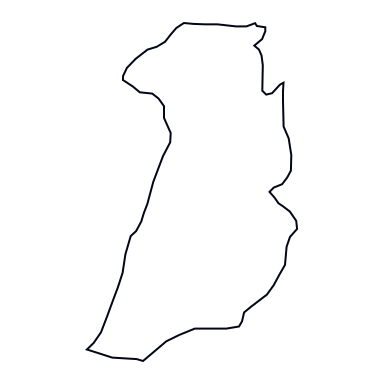 the district of Bollnäs, Gävleborg, Sweden
{"feature_id": "70781695B36702634985897", "entity_name": "Bollnäs", "entity_type": "district", "adm_level": 2, "iso_a3": "SWE", "parent_name": "Sweden", "parent_adm1": "Gävleborg", "projection": "albers", "projection_center": [16.411, 61.335], "detail": "fine", "context": "isolated", "style": "outline", "palette": "ink", "viewbox_px": 384, "rotation_deg": 0, "n_neighbors": 0, "source": "geoboundaries", "source_scale": "gbopen_adm2", "svg_char_len": 1157}
<svg xmlns="http://www.w3.org/2000/svg" viewBox="0 0 384 384"><path d="M255.1,23.2L246.4,26.4L236.0,26.4L217.2,24.3L204.3,24.3L193.4,23.9L183.9,23.0L176.3,28.0L170.9,34.3L165.0,41.8L156.7,46.8L147.5,49.6L135.7,58.8L126.9,67.9L123.1,75.9L122.9,80.0L123.1,80.1L132.7,86.4L139.8,92.3L152.3,93.6L158.6,98.6L164.0,106.2L164.0,117.9L170.7,133.0L170.2,142.3L163.0,156.1L153.3,181.8L147.3,204.1L143.9,212.9L141.3,221.4L136.2,231.0L130.7,236.1L125.4,254.3L122.6,272.8L117.9,287.3L113.9,297.9L107.1,316.4L101.0,332.3L93.7,342.9L86.9,349.5L112.2,357.6L136.8,359.1L143.0,361.0L166.3,341.3L179.1,335.0L194.8,328.6L209.3,328.6L226.3,328.6L239.0,326.5L242.0,321.4L244.1,312.5L244.5,312.1L251.3,306.5L266.9,294.6L273.7,285.2L279.2,275.0L285.0,264.9L286.6,246.7L290.0,236.9L297.1,228.9L296.2,220.8L289.9,211.6L282.7,206.1L278.4,203.2L274.6,197.7L269.5,191.9L273.7,187.6L282.1,184.2L287.2,177.5L290.9,170.7L291.3,155.2L288.7,138.4L283.6,126.6L283.0,100.6L283.0,91.0L283.5,82.7L279.9,84.7L272.1,93.2L266.2,94.6L262.3,90.7L262.8,65.2L261.5,55.4L258.9,49.5L254.3,45.6L262.1,39.1L265.3,31.2L265.3,27.3L256.9,26.0L255.1,23.2Z" fill="none" stroke="#020617" stroke-width="2"/></svg>